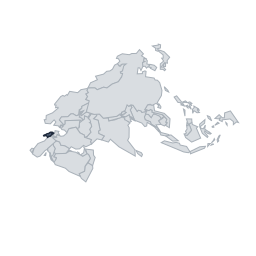 Georgia on a map of Asia (Equal Earth projection), rotated 322°
{"feature_id": "GEO", "entity_name": "Georgia", "entity_type": "country or territory", "adm_level": 0, "iso_a3": "GEO", "parent_name": "Asia", "parent_adm1": "", "projection": "equal_earth", "projection_center": [43.852, 42.32], "detail": "fine", "context": "in_parent", "style": "filled", "palette": "slate", "viewbox_px": 256, "rotation_deg": 322, "n_neighbors": 45, "source": "natural_earth", "source_scale": "50m", "svg_char_len": 13421}
<svg xmlns="http://www.w3.org/2000/svg" viewBox="0 0 256 256"><g transform="rotate(322 128 128)"><path d="M120.6,72.0L118.8,73.3L118.6,75.8L115.8,75.3L115.5,78.4L112.3,79.5L114.2,82.7L113.6,84.2L104.8,82.5L104.0,83.9L100.7,83.6L97.6,87.3L94.7,86.4L93.5,83.0L91.6,81.7L87.6,82.1L82.4,78.3L78.9,79.4L79.4,86.1L76.6,84.3L74.4,85.3L74.4,83.4L71.2,80.1L74.9,78.9L74.8,76.1L69.4,76.9L65.7,73.4L67.1,69.9L68.5,70.9L71.3,67.8L77.9,69.6L85.4,69.3L85.6,68.5L83.3,67.4L85.4,65.7L84.3,64.6L84.9,64.0L94.3,61.8L96.7,62.2L97.4,63.8L100.4,64.0L100.5,64.9L104.6,63.2L110.1,69.2L114.5,68.8L120.6,72.0Z" fill="#d9dde1" stroke="#a8b0b8" stroke-width="1"/><path d="M79.4,86.1L78.9,79.4L82.4,78.3L87.6,82.1L91.6,81.7L93.5,83.0L94.7,86.4L97.0,87.4L100.5,84.4L99.9,85.8L103.8,87.0L102.2,88.3L100.5,88.2L100.4,86.8L98.5,87.2L97.7,89.5L96.5,89.4L97.8,92.1L97.2,94.0L83.0,83.5L81.0,86.1L79.4,86.1Z" fill="#d9dde1" stroke="#a8b0b8" stroke-width="1"/><path d="M219.2,177.6L218.4,191.7L217.2,190.0L213.1,190.2L215.0,187.8L214.0,183.7L207.3,179.6L206.2,180.9L204.7,178.1L207.5,176.7L205.1,176.7L202.4,174.0L208.0,173.6L208.6,178.0L210.2,179.3L213.5,175.6L219.2,177.6ZM192.6,191.3L191.6,194.0L190.0,194.2L191.0,192.1L192.6,191.3ZM207.8,186.9L207.8,185.3L208.5,183.8L208.8,185.4L207.8,186.9ZM181.8,162.9L180.9,164.9L183.7,170.0L181.8,170.2L179.0,180.7L169.5,178.3L167.5,171.0L168.6,167.5L170.0,170.2L175.3,169.3L176.6,168.8L178.5,162.5L181.8,162.9ZM198.0,179.3L202.2,178.7L202.7,180.3L198.0,179.3ZM196.3,180.2L195.2,179.8L194.9,178.8L196.6,178.7L196.3,180.2ZM198.1,167.2L199.4,169.5L198.4,173.9L197.3,169.7L198.1,167.2ZM186.8,169.1L193.8,168.8L191.3,171.4L185.6,171.4L185.4,173.1L186.8,175.0L190.8,173.3L187.8,176.1L190.2,183.5L188.7,183.4L189.6,181.6L187.6,181.9L186.9,177.6L185.8,178.3L185.8,184.0L184.7,184.3L183.3,178.0L185.1,171.6L186.8,169.1ZM185.7,193.6L182.9,192.7L184.4,192.3L185.7,193.6ZM184.5,191.1L187.9,190.3L189.4,189.5L189.1,190.7L184.5,191.1ZM181.4,189.5L183.3,190.9L179.4,191.6L181.4,189.5ZM162.5,184.8L173.0,187.0L177.8,190.1L175.9,191.0L161.3,186.8L162.5,184.8ZM158.6,173.5L162.8,178.6L162.2,184.7L160.4,184.7L157.1,181.1L145.2,160.0L148.8,160.5L154.0,167.3L157.0,168.9L159.2,171.7L158.6,173.5Z" fill="#d9dde1" stroke="#a8b0b8" stroke-width="1"/><path d="M192.7,192.3L194.3,190.3L196.5,190.2L192.7,192.3Z" fill="#d9dde1" stroke="#a8b0b8" stroke-width="1"/><path d="M50.2,101.6L48.9,104.4L48.6,109.1L47.8,105.7L49.1,102.0L50.2,101.6Z" fill="#d9dde1" stroke="#a8b0b8" stroke-width="1"/><path d="M51.5,99.8L49.2,102.0L51.2,99.0L51.5,99.8Z" fill="#d9dde1" stroke="#a8b0b8" stroke-width="1"/><path d="M49.8,103.3L48.8,105.4L49.2,103.1L49.8,103.3Z" fill="#d9dde1" stroke="#a8b0b8" stroke-width="1"/><path d="M49.8,103.3L54.7,101.4L55.2,103.8L51.9,105.1L53.4,107.1L50.4,109.8L48.6,109.1L49.8,103.3Z" fill="#d9dde1" stroke="#a8b0b8" stroke-width="1"/><path d="M74.2,119.9L77.9,120.2L81.3,116.9L79.6,123.6L74.9,122.5L74.2,119.9Z" fill="#d9dde1" stroke="#a8b0b8" stroke-width="1"/><path d="M72.9,118.9L72.8,117.4L73.6,116.1L74.2,117.9L72.9,118.9Z" fill="#d9dde1" stroke="#a8b0b8" stroke-width="1"/><path d="M67.4,108.0L69.1,111.1L66.3,110.0L67.4,108.0Z" fill="#d9dde1" stroke="#a8b0b8" stroke-width="1"/><path d="M55.2,103.8L54.7,101.4L58.0,99.3L58.4,95.6L60.6,93.6L63.5,94.0L65.5,96.9L64.5,100.2L67.4,103.2L69.3,108.3L63.5,109.8L55.2,103.8Z" fill="#d9dde1" stroke="#a8b0b8" stroke-width="1"/><path d="M79.9,123.1L81.6,118.5L87.1,124.0L84.1,128.3L84.0,131.0L76.9,135.9L75.0,130.9L79.7,128.8L80.6,124.6L79.9,123.1ZM81.6,115.7L81.0,116.2L81.4,115.5L81.6,115.7Z" fill="#d9dde1" stroke="#a8b0b8" stroke-width="1"/><path d="M156.2,145.5L156.4,141.1L161.4,141.8L162.0,140.3L163.9,142.6L164.0,145.1L161.4,146.8L162.2,148.1L157.9,148.8L156.2,145.5Z" fill="#d9dde1" stroke="#a8b0b8" stroke-width="1"/><path d="M160.0,141.0L156.4,141.1L156.2,145.5L152.0,142.8L151.2,151.8L156.2,158.4L154.7,159.5L149.6,153.8L151.4,146.1L148.6,139.2L149.5,136.9L146.6,132.1L147.7,129.4L150.4,127.9L152.5,129.9L152.7,134.1L155.9,132.4L158.5,134.2L160.3,138.2L160.0,141.0Z" fill="#d9dde1" stroke="#a8b0b8" stroke-width="1"/><path d="M163.4,141.1L160.0,141.0L160.3,138.2L157.1,132.5L152.7,134.1L152.5,129.9L150.4,127.9L152.9,126.3L152.3,123.9L155.2,127.2L157.1,127.2L158.0,129.0L156.7,130.4L162.9,137.5L163.4,141.1Z" fill="#d9dde1" stroke="#a8b0b8" stroke-width="1"/><path d="M150.4,127.9L147.7,129.4L146.6,132.1L149.5,136.9L148.6,139.2L151.4,146.1L150.0,150.3L149.5,143.5L146.6,135.3L144.0,137.9L142.1,137.2L141.9,132.6L137.9,125.7L140.9,115.1L143.8,114.1L143.7,111.7L146.0,113.2L145.5,120.6L147.1,120.3L148.8,122.6L148.6,124.4L151.7,124.9L150.4,127.9Z" fill="#d9dde1" stroke="#a8b0b8" stroke-width="1"/><path d="M159.2,149.1L162.2,148.1L161.4,146.8L164.0,145.1L163.5,139.0L156.7,130.4L158.0,129.0L157.1,127.2L155.2,127.2L153.1,123.6L157.7,121.8L162.5,125.5L159.5,130.8L165.6,138.8L166.8,146.6L160.8,153.2L159.2,149.1Z" fill="#d9dde1" stroke="#a8b0b8" stroke-width="1"/><path d="M184.7,84.1L184.6,86.9L182.3,89.1L184.3,91.7L179.4,92.2L179.5,89.8L177.5,88.7L178.2,87.5L179.8,85.2L182.0,85.9L181.4,84.9L183.3,83.0L184.7,84.1Z" fill="#d9dde1" stroke="#a8b0b8" stroke-width="1"/><path d="M181.8,92.9L184.4,91.2L187.3,94.7L187.9,98.0L184.5,99.4L182.4,94.8L183.4,94.5L181.8,92.9Z" fill="#d9dde1" stroke="#a8b0b8" stroke-width="1"/><path d="M121.1,71.8L126.3,69.3L133.6,71.1L134.3,67.2L141.9,70.5L146.1,70.2L148.9,71.9L152.0,72.1L156.1,70.2L159.4,70.8L159.8,74.6L162.7,74.0L165.9,75.7L158.8,79.7L156.4,79.2L156.1,80.4L157.3,81.7L155.8,83.3L148.9,85.6L142.5,83.6L136.1,83.5L133.9,80.8L127.3,78.9L126.6,76.0L121.1,71.8Z" fill="#d9dde1" stroke="#a8b0b8" stroke-width="1"/><path d="M143.7,111.7L143.8,114.1L140.9,115.1L138.4,124.5L137.2,121.2L136.6,122.5L135.7,121.5L137.1,118.4L133.3,117.8L130.9,115.4L130.5,116.8L131.8,117.9L130.6,119.4L131.7,119.9L132.6,125.3L129.6,125.7L129.1,128.5L123.0,136.1L120.1,137.5L120.0,149.4L116.4,154.6L109.3,137.3L107.2,126.0L103.9,127.0L99.9,121.1L104.3,119.7L101.5,114.4L103.0,112.2L104.8,112.4L109.2,103.6L106.5,99.5L111.0,98.9L112.2,97.2L114.1,99.5L114.6,105.1L118.5,107.8L117.3,110.6L122.6,113.5L130.1,115.4L130.7,112.0L131.1,114.0L132.6,114.8L136.1,114.6L135.3,112.7L141.5,109.2L142.0,111.4L143.7,111.7Z" fill="#d9dde1" stroke="#a8b0b8" stroke-width="1"/><path d="M137.2,121.2L138.2,127.4L136.2,123.0L134.8,122.9L134.7,124.9L132.7,124.5L130.6,119.4L131.8,117.9L130.5,116.8L130.9,115.4L133.3,117.8L137.1,118.4L135.7,121.5L136.6,122.5L137.2,121.2Z" fill="#d9dde1" stroke="#a8b0b8" stroke-width="1"/><path d="M135.3,112.7L136.1,114.6L131.1,114.0L132.6,111.6L135.3,112.7Z" fill="#d9dde1" stroke="#a8b0b8" stroke-width="1"/><path d="M129.8,112.4L130.1,115.4L128.8,115.5L117.3,110.6L119.1,107.3L126.2,111.8L129.8,112.4Z" fill="#d9dde1" stroke="#a8b0b8" stroke-width="1"/><path d="M112.2,97.2L111.0,98.9L106.5,99.5L109.2,103.6L104.8,112.4L103.0,112.2L101.5,114.4L104.3,119.7L99.9,121.1L96.9,117.5L89.4,118.2L89.9,115.8L92.0,114.7L88.0,108.5L90.6,109.5L96.2,108.4L96.9,105.5L100.4,104.3L103.2,95.3L107.8,94.1L109.7,96.4L112.2,97.2Z" fill="#d9dde1" stroke="#a8b0b8" stroke-width="1"/><path d="M92.7,94.1L99.1,94.0L101.2,91.5L103.1,94.8L105.0,93.4L107.8,94.1L102.4,96.1L103.1,97.9L102.3,100.2L100.9,100.1L101.6,101.4L100.4,104.3L96.9,105.5L96.2,108.4L90.6,109.5L88.0,108.5L89.2,106.7L87.1,102.2L87.7,96.9L90.4,97.4L92.7,94.1Z" fill="#d9dde1" stroke="#a8b0b8" stroke-width="1"/><path d="M97.2,94.0L97.8,92.1L96.5,89.4L100.4,86.8L101.1,88.1L99.0,89.5L105.1,89.7L107.5,93.5L103.1,94.8L101.2,91.5L99.1,94.0L97.2,94.0Z" fill="#d9dde1" stroke="#a8b0b8" stroke-width="1"/><path d="M100.5,84.4L104.0,83.9L104.8,82.5L113.6,84.2L105.1,89.7L99.0,89.5L99.0,88.4L103.8,87.0L99.9,85.8L100.5,84.4Z" fill="#d9dde1" stroke="#a8b0b8" stroke-width="1"/><path d="M74.4,85.3L76.6,84.3L78.7,86.2L81.0,86.1L83.0,83.5L95.1,92.4L95.2,93.6L94.0,93.0L89.3,97.7L87.7,96.9L87.5,95.3L81.7,92.3L76.9,93.9L76.7,90.6L74.9,88.5L75.1,87.0L77.7,86.8L76.1,84.6L74.9,86.5L74.4,85.3Z" fill="#d9dde1" stroke="#a8b0b8" stroke-width="1"/><path d="M69.3,108.3L67.4,103.2L64.5,100.2L65.5,96.9L62.7,92.4L62.6,89.7L65.5,91.0L68.2,89.4L70.0,93.2L72.4,94.6L76.7,94.4L80.7,92.2L87.5,95.3L87.1,102.2L89.2,106.7L88.0,108.5L92.0,114.7L89.9,115.8L89.4,118.2L83.1,116.8L82.3,114.3L77.0,114.6L73.9,112.5L71.7,107.8L69.3,108.3Z" fill="#d9dde1" stroke="#a8b0b8" stroke-width="1"/><path d="M50.0,102.7L51.5,99.8L50.5,97.4L51.8,94.7L60.0,93.9L58.4,95.6L58.0,99.3L51.7,103.5L50.0,102.7Z" fill="#d9dde1" stroke="#a8b0b8" stroke-width="1"/><path d="M66.0,90.9L61.9,88.1L61.8,86.6L64.6,87.1L66.0,90.9Z" fill="#d9dde1" stroke="#a8b0b8" stroke-width="1"/><path d="M63.5,94.0L51.8,94.7L50.9,96.6L50.9,95.0L48.8,94.7L41.4,96.0L38.5,95.0L36.8,89.6L41.4,86.3L47.6,84.8L54.3,86.8L60.4,85.6L63.5,89.1L62.6,89.7L63.5,94.0ZM37.1,85.2L39.8,84.8L41.1,86.2L37.1,88.3L37.1,85.2Z" fill="#d9dde1" stroke="#a8b0b8" stroke-width="1"/><path d="M123.3,155.6L123.1,157.8L121.1,158.9L119.9,154.1L120.5,150.6L123.3,155.6Z" fill="#d9dde1" stroke="#a8b0b8" stroke-width="1"/><path d="M165.8,132.6L164.1,130.1L167.3,128.6L167.0,131.6L165.8,132.6ZM105.1,89.7L114.2,82.7L112.3,79.5L115.5,78.4L115.8,75.3L118.6,75.8L118.8,73.3L121.1,71.8L126.6,76.0L127.3,78.9L133.9,80.8L136.1,83.5L142.5,83.6L148.9,85.6L154.4,83.9L157.3,81.7L156.1,80.4L156.4,79.2L158.8,79.7L162.9,76.4L166.0,76.4L162.7,74.0L159.2,73.8L159.4,70.8L162.7,70.4L163.1,67.4L161.7,66.1L163.8,64.9L169.2,66.0L174.2,71.1L176.8,71.6L180.5,74.4L185.3,73.3L185.8,79.1L183.1,79.4L184.7,84.1L183.3,83.0L181.4,84.9L182.0,85.9L179.8,85.2L177.5,88.7L173.6,90.7L174.2,87.8L173.0,86.8L168.6,91.0L172.8,94.0L174.0,92.6L176.5,93.4L177.1,94.5L173.4,98.4L179.3,104.7L178.9,106.8L180.6,108.5L180.9,111.7L177.9,119.3L174.3,123.0L166.9,125.9L166.7,128.1L165.8,128.2L165.4,125.9L160.9,125.0L160.1,122.9L157.7,121.8L152.3,123.9L152.9,126.3L148.6,124.4L148.8,122.6L147.1,120.3L145.5,120.6L146.0,113.2L144.6,111.5L142.0,111.4L141.5,109.2L136.5,112.4L132.6,111.6L131.0,113.6L130.7,112.0L126.2,111.8L114.6,105.1L114.1,99.5L109.7,96.4L105.1,89.7Z" fill="#d9dde1" stroke="#a8b0b8" stroke-width="1"/><path d="M182.0,117.7L182.6,122.9L182.2,124.7L180.6,121.4L182.0,117.7Z" fill="#d9dde1" stroke="#a8b0b8" stroke-width="1"/><path d="M65.8,85.1L67.8,86.4L68.9,85.2L71.5,88.1L70.4,88.3L69.5,91.8L68.2,89.4L66.0,90.9L64.7,88.8L63.8,86.3L66.0,86.6L65.8,85.1ZM65.5,91.0L64.5,90.7L63.5,89.1L64.9,89.6L65.5,91.0Z" fill="#d9dde1" stroke="#a8b0b8" stroke-width="1"/><path d="M186.0,145.4L184.2,142.7L186.3,143.6L186.0,145.4ZM189.4,152.3L189.0,148.3L189.8,149.6L190.8,147.5L189.4,152.3ZM193.2,150.7L195.4,156.3L195.0,158.3L194.3,156.0L193.6,157.2L193.8,159.8L191.8,158.5L190.6,154.9L188.0,156.3L190.3,153.0L193.4,152.4L193.2,150.7ZM183.9,149.0L180.2,153.7L183.4,147.2L183.9,149.0ZM186.1,132.6L186.3,140.9L190.0,142.0L190.5,144.7L188.4,142.5L184.6,141.9L185.0,140.4L183.1,138.6L183.4,132.0L186.1,132.6ZM187.6,149.2L187.1,146.1L189.2,146.8L187.6,149.2ZM192.8,145.5L193.5,147.9L192.2,147.4L192.1,149.9L190.8,144.7L192.8,145.5Z" fill="#d9dde1" stroke="#a8b0b8" stroke-width="1"/><path d="M152.9,157.8L157.6,159.9L159.8,169.1L155.2,165.9L152.9,157.8ZM181.8,162.9L178.5,162.5L176.6,168.8L170.0,170.2L168.9,169.0L168.6,167.5L171.0,167.9L171.3,166.0L173.9,165.2L175.8,162.1L177.7,162.5L179.6,156.8L183.8,160.1L181.8,162.9Z" fill="#d9dde1" stroke="#a8b0b8" stroke-width="1"/><path d="M177.7,160.1L177.7,162.5L176.6,163.2L175.8,162.1L177.7,160.1Z" fill="#d9dde1" stroke="#a8b0b8" stroke-width="1"/><path d="M203.4,90.1L204.4,97.9L200.3,99.0L199.0,101.2L197.1,99.0L191.5,100.4L193.5,101.8L193.6,105.2L192.0,105.3L191.8,103.5L189.6,101.6L192.9,97.4L197.3,97.2L197.5,93.7L198.8,94.6L200.7,92.0L199.4,86.4L200.8,86.0L203.4,90.1ZM202.9,81.3L203.5,80.5L204.9,82.5L202.8,84.9L199.9,83.6L200.1,85.6L198.6,85.7L197.5,83.8L198.9,82.3L197.7,78.4L202.9,81.3ZM193.9,101.2L195.5,99.4L197.2,100.5L195.4,102.7L193.9,101.2Z" fill="#d9dde1" stroke="#a8b0b8" stroke-width="1"/><path d="M75.0,130.9L76.9,135.9L75.4,138.2L61.6,144.5L60.2,139.0L61.4,133.9L67.2,135.3L70.5,131.7L75.0,130.9Z" fill="#d9dde1" stroke="#a8b0b8" stroke-width="1"/><path d="M48.7,109.4L52.6,108.1L53.4,107.1L51.9,105.1L55.2,103.8L63.5,109.8L67.7,110.2L71.9,114.9L74.9,122.5L79.9,123.1L80.6,124.6L79.7,128.8L70.5,131.7L67.2,135.3L61.4,133.9L60.5,136.6L54.8,126.1L53.9,121.1L48.1,112.1L48.7,109.4Z" fill="#d9dde1" stroke="#a8b0b8" stroke-width="1"/><path d="M48.5,96.9L46.1,99.0L45.1,98.0L48.5,96.9Z" fill="#d9dde1" stroke="#a8b0b8" stroke-width="1"/><path d="M61.6,86.5L61.6,86.4L61.4,86.4L61.2,86.3L61.2,86.2L60.8,85.9L60.7,85.8L60.7,85.7L60.4,85.6L60.3,85.8L60.2,85.9L59.9,85.8L59.7,85.8L59.3,85.9L59.2,85.9L58.9,85.8L59.1,85.4L59.2,85.2L59.2,84.9L59.1,84.6L59.0,84.1L58.9,83.6L58.4,83.3L58.3,83.1L58.0,82.9L57.5,82.8L57.4,82.8L57.1,82.4L56.8,82.3L56.8,82.1L57.0,82.0L57.3,82.0L57.5,82.1L57.9,82.1L58.1,82.3L58.3,82.3L58.7,82.4L58.8,82.5L59.0,82.6L59.7,82.7L59.8,82.6L60.0,82.6L60.4,82.7L60.5,82.7L60.8,82.8L61.0,82.9L61.1,83.0L61.5,83.2L61.8,83.3L62.1,83.5L62.1,83.8L62.3,83.8L62.5,83.7L62.9,83.6L63.1,83.5L63.3,83.5L63.5,83.7L63.9,83.6L64.0,83.6L64.3,83.9L64.6,83.9L64.8,83.9L64.8,84.0L64.7,84.4L64.7,84.5L64.8,84.6L65.0,84.7L65.2,84.8L65.3,84.8L65.5,84.9L65.8,85.0L65.7,85.3L65.5,85.5L65.7,85.8L65.8,85.9L66.0,86.0L66.2,86.3L66.0,86.6L65.9,86.6L65.6,86.4L65.4,86.4L65.1,86.4L64.9,86.3L64.9,86.2L64.4,85.9L64.2,85.9L63.8,86.2L63.6,86.2L63.6,86.3L63.2,86.3L62.7,86.3L62.3,86.4L62.1,86.5L61.9,86.5L61.7,86.5L61.6,86.5Z" fill="#64748b" stroke="#1e293b" stroke-width="1.5"/></g></svg>